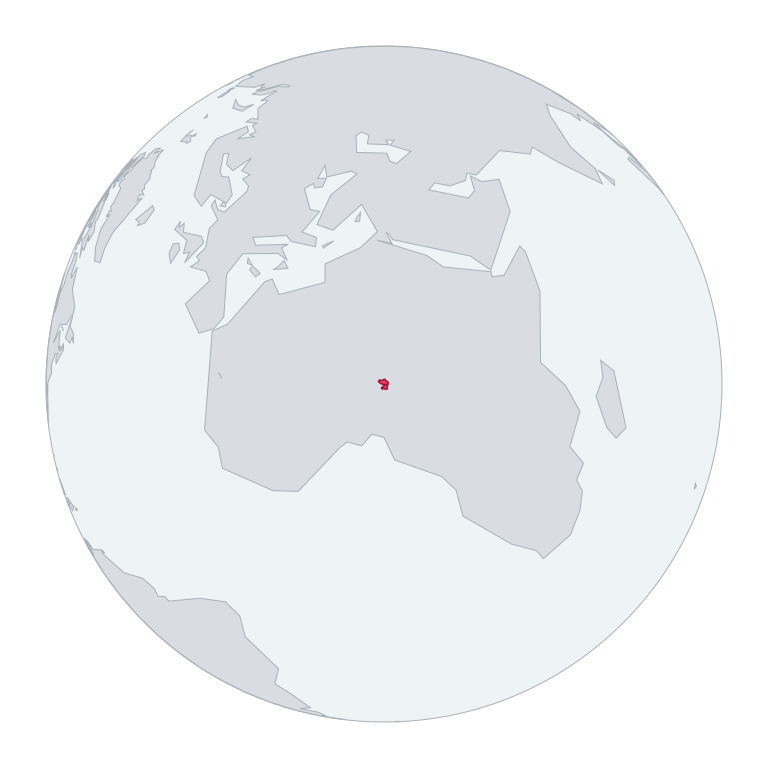 globe centered on Mayo-Kebbi Est, rotated 321°
{"feature_id": "TCD-1486", "entity_name": "Mayo-Kebbi Est", "entity_type": "Prefecture", "adm_level": 1, "iso_a3": "TCD", "parent_name": "Chad", "parent_adm1": "", "projection": "orthographic", "projection_center": [15.507, 10.186], "detail": "fine", "context": "on_globe", "style": "filled", "palette": "rose", "viewbox_px": 768, "rotation_deg": 321, "n_neighbors": 0, "source": "natural_earth", "source_scale": "10m", "svg_char_len": 9877}
<svg xmlns="http://www.w3.org/2000/svg" viewBox="0 0 768 768"><g transform="rotate(321 384 384)"><circle cx="384" cy="384" r="338" fill="#eef3f6" stroke="#a8b0b8"/><path d="M269.7,66.0L270.5,65.8L262.7,68.7L270.4,66.1L277.3,63.7L282.9,62.0L284.2,61.9L274.5,65.2L272.4,65.7L270.3,66.7L264.9,68.5L268.3,67.6L256.3,72.2L269.9,67.8L261.9,71.7L253.5,74.8L252.2,74.2L231.0,82.7L269.7,66.0ZM206.1,96.7L192.7,106.4L183.7,112.7L173.2,121.2L179.1,117.3L189.4,109.5L197.8,105.4L209.4,97.3L214.5,94.9L227.3,87.7L227.7,89.5L221.1,95.4L210.5,101.8L207.3,105.0L219.3,100.1L201.3,114.4L192.6,128.9L187.7,133.2L174.7,137.9L170.0,133.7L153.2,143.9L166.3,138.5L153.8,151.0L152.7,154.0L154.8,154.6L160.4,150.6L156.6,155.6L142.2,161.7L145.4,157.2L149.9,155.0L147.6,153.7L137.8,159.7L132.2,166.5L123.3,171.6L119.2,176.9L115.0,181.6L122.1,172.5L109.1,189.6L98.6,203.1L113.0,182.2L128.9,162.4L146.3,143.8L165.0,126.6L185.0,110.9L206.1,96.7ZM50.8,327.7L52.4,319.6L54.4,315.2L50.7,334.4L54.7,318.6L53.8,329.5L60.0,335.0L58.6,338.9L63.2,367.1L74.2,383.1L76.7,398.7L74.8,406.8L80.0,411.4L80.1,417.3L105.9,434.5L123.5,453.3L126.0,473.4L117.1,493.2L122.8,538.9L110.5,548.4L116.6,566.2L123.1,589.3L114.5,583.3L126.6,598.2L129.6,604.3L126.7,602.3L134.4,611.5L132.6,609.8L139.7,617.4L142.7,620.5L125.1,601.1L109.1,580.5L94.7,558.6L82.0,535.7L71.2,511.8L66.9,500.7L63.0,489.7L55.5,463.4L50.2,436.6L47.0,409.4L46.1,382.1L47.3,354.8L50.8,327.7ZM72.2,253.7L67.0,269.0L66.7,267.8L67.6,265.5L70.3,258.3L72.2,253.7ZM82.3,232.1L83.3,229.9L83.0,230.7L82.3,232.1ZM226.3,87.4L226.7,87.6L224.1,88.8L226.3,87.4ZM231.4,84.4L228.0,85.7L229.9,84.6L231.9,83.7L231.4,84.4ZM235.1,83.2L233.7,82.3L237.1,80.4L247.9,75.9L235.1,83.2ZM278.9,63.0L271.6,65.6L276.5,63.7L278.9,63.0ZM304.1,55.7L303.3,55.9L300.8,56.5L304.1,55.7ZM297.0,57.5L302.3,56.1L280.7,62.3L282.1,61.8L297.0,57.5ZM285.6,61.2L286.0,60.8L295.9,58.0L296.9,58.2L293.4,59.0L285.6,61.2ZM291.8,59.6L297.2,58.5L293.7,59.9L285.9,61.4L291.8,59.6ZM298.1,57.3L302.8,56.0L300.5,56.7L298.1,57.3ZM284.3,65.7L284.5,64.6L289.7,62.9L284.3,65.7ZM299.5,58.0L300.6,57.6L302.7,56.9L305.5,56.6L299.5,58.0ZM321.3,51.9L324.3,51.5L314.2,53.5L319.9,52.4L320.8,52.4L311.5,54.3L315.2,53.2L320.9,52.0L321.3,51.9ZM314.5,54.7L302.8,58.1L301.2,60.0L296.5,61.4L299.9,58.2L314.5,54.7ZM313.6,54.2L313.1,54.7L307.5,55.8L304.4,56.2L313.6,54.2ZM330.1,50.4L330.0,50.6L328.1,50.7L330.1,50.4ZM315.1,54.9L317.9,54.2L315.7,54.9L315.1,54.9ZM326.7,51.5L325.6,51.5L328.2,51.0L326.7,51.5ZM324.5,52.9L320.7,53.9L318.4,54.0L324.5,52.9ZM326.4,52.1L330.2,51.5L319.9,53.5L325.5,52.1L326.4,52.1ZM329.3,51.1L330.5,50.8L329.4,51.2L329.3,51.1ZM335.1,52.5L322.7,55.0L317.8,55.0L330.5,52.4L335.1,52.5ZM180.9,654.0L180.0,653.1L182.8,655.2L184.0,656.3L180.9,654.0ZM470.1,57.2L469.0,56.9L465.7,56.1L465.2,56.0L470.1,57.2ZM698.6,260.7L697.5,258.0L702.0,271.2L709.5,293.3L716.3,322.6L718.1,334.6L716.9,327.2L711.2,312.4L715.5,337.1L720.0,354.6L721.7,377.8L720.7,372.3L718.3,352.2L716.2,346.3L712.9,324.9L703.9,295.5L702.5,303.4L698.9,291.1L686.2,268.7L682.1,279.8L678.1,317.3L683.7,349.7L679.6,365.7L659.6,322.8L648.3,293.1L642.5,297.5L620.7,275.3L587.2,279.6L581.2,272.4L575.2,277.1L559.6,271.3L550.0,259.5L541.1,261.5L566.7,292.6L576.0,290.8L582.0,276.6L587.5,288.4L602.3,297.3L590.5,329.4L538.7,362.7L531.6,338.9L481.7,277.4L482.1,270.1L481.8,269.3L481.0,267.9L478.6,279.9L469.3,268.0L498.1,311.0L503.8,330.4L538.0,364.3L535.3,368.4L545.7,375.1L576.4,362.2L577.0,370.4L563.7,409.9L519.3,465.7L524.1,499.3L519.1,528.5L489.0,549.7L489.2,571.2L473.3,579.8L470.8,592.0L456.7,605.5L434.0,618.5L398.0,620.0L397.6,609.4L382.4,588.7L362.2,536.5L373.2,511.8L370.8,492.6L344.5,449.8L350.4,425.5L342.9,415.4L327.7,418.0L318.9,405.9L309.5,405.7L249.7,413.4L230.6,397.0L205.4,347.8L215.4,329.0L215.6,306.8L283.8,234.8L300.1,239.0L355.9,229.5L363.2,232.0L358.7,248.5L402.2,267.9L413.9,253.6L451.2,263.2L474.8,261.5L479.6,230.3L441.0,232.3L432.3,217.9L461.6,203.6L495.1,203.7L492.8,198.2L469.9,187.1L475.9,176.9L461.8,182.6L468.8,187.8L460.2,192.0L453.2,187.7L455.6,183.9L445.1,182.0L436.4,202.0L442.6,209.4L416.0,214.3L423.7,227.6L417.1,234.3L401.5,214.6L401.7,207.2L374.3,187.5L371.6,195.4L397.4,215.1L390.1,213.7L386.8,226.4L383.6,215.7L356.2,193.9L331.0,199.5L301.8,231.0L286.5,234.0L272.3,228.0L280.0,196.7L313.4,194.0L316.6,184.4L307.3,171.2L318.3,172.1L318.6,166.9L331.0,165.9L346.0,153.3L358.2,151.8L361.8,136.9L368.5,134.6L364.5,143.7L368.2,149.9L398.2,148.2L403.4,144.9L403.3,135.8L411.5,137.1L407.6,128.7L423.7,124.9L400.7,123.0L400.0,114.0L408.4,107.1L404.1,104.2L390.3,115.7L388.6,120.8L393.6,125.5L385.2,141.3L375.4,144.3L368.6,127.8L353.9,130.8L355.0,118.0L391.5,92.4L407.9,88.0L439.9,97.5L437.4,102.6L424.7,101.3L438.6,110.0L436.4,105.6L443.3,107.2L444.4,100.4L449.3,101.3L441.9,93.7L448.0,94.1L452.6,98.9L459.4,90.7L471.6,90.8L470.7,88.7L466.4,86.3L484.7,88.8L483.3,87.2L476.7,85.6L469.6,81.6L464.2,76.0L470.8,77.2L473.7,79.3L489.6,86.3L496.2,92.9L498.4,92.9L494.2,87.6L474.8,78.9L469.6,75.3L479.3,78.6L475.4,77.1L474.9,75.7L480.7,75.8L470.2,72.0L456.0,59.3L465.7,59.3L475.9,62.9L473.0,58.8L484.1,61.4L478.1,59.6L473.8,58.2L496.8,65.5L519.3,74.3L541.0,84.8L562.0,96.7L582.0,110.2L601.0,125.0L619.0,141.1L635.7,158.5L651.1,177.1L665.2,196.7L677.9,217.2L689.0,238.6L698.6,260.7ZM262.7,271.3L261.4,277.9L262.7,271.3ZM532.6,220.6L551.2,220.2L539.2,202.2L545.4,201.0L539.0,195.7L538.3,201.0L522.2,186.9L528.9,181.1L524.8,173.7L518.3,173.6L508.5,186.8L531.5,206.5L528.7,214.4L532.6,220.6ZM60.3,334.9L60.6,339.4L59.2,338.5L60.3,334.9ZM64.0,275.4L63.6,276.6L62.6,280.2L62.4,280.2L63.6,276.7L64.0,275.4ZM66.2,285.6L66.9,288.7L65.1,288.8L66.2,285.6ZM66.4,272.0L65.6,283.9L62.4,286.5L63.2,279.4L64.1,279.7L66.4,272.0ZM77.4,242.0L76.6,244.0L75.1,247.1L77.4,242.0ZM82.1,232.8L83.5,229.7L82.1,232.8ZM154.7,150.6L155.7,150.3L156.7,151.9L153.9,153.2L154.7,150.6ZM174.6,148.8L168.1,157.1L170.8,151.7L165.7,154.6L165.2,147.6L185.2,135.1L176.3,141.6L174.6,148.8ZM170.1,136.3L168.2,141.2L169.5,136.4L170.1,136.3ZM308.3,142.5L313.2,145.4L309.6,151.2L294.1,155.9L299.2,147.2L308.3,142.5ZM321.1,148.3L318.6,132.2L328.2,129.5L323.2,133.5L329.8,133.4L323.6,140.0L335.1,154.4L332.7,160.7L305.4,164.3L315.7,159.2L310.2,156.4L321.1,148.3ZM295.6,104.6L294.6,100.0L316.5,99.8L314.8,104.2L299.3,108.4L292.1,105.8L295.6,104.6ZM254.4,76.6L252.6,76.6L255.3,75.4L259.0,74.5L254.4,76.6ZM284.0,65.3L265.0,75.9L262.0,76.2L254.4,83.3L243.6,87.2L248.8,82.3L234.9,91.2L235.3,88.3L226.7,94.6L239.5,83.2L239.3,81.8L243.6,81.7L253.6,77.9L257.8,75.9L269.7,69.6L274.2,65.7L284.7,62.3L291.1,61.0L291.6,61.3L284.5,63.2L290.3,62.4L280.5,65.6L284.0,65.3ZM358.6,60.2L350.2,60.0L360.2,63.3L350.5,64.6L352.2,64.9L346.0,67.3L341.5,71.1L336.8,71.4L337.0,72.9L332.9,74.9L331.7,77.1L322.8,78.8L320.6,81.8L317.7,80.9L316.3,85.9L313.3,83.1L307.7,86.1L313.5,87.2L268.6,95.6L252.0,102.9L239.8,111.1L236.4,106.4L245.7,96.3L261.3,85.5L277.7,79.8L273.2,79.3L279.8,76.6L280.6,78.1L283.2,74.3L288.8,72.7L302.7,66.1L303.0,62.7L308.1,60.6L310.8,61.2L314.0,58.9L322.5,58.8L326.4,57.5L338.6,56.6L341.5,59.3L345.6,57.7L355.1,57.6L358.6,60.2ZM338.5,52.3L344.2,53.9L341.7,55.8L321.4,56.7L316.8,57.9L303.7,59.5L307.6,57.0L311.0,56.7L315.2,55.8L312.3,56.9L317.8,55.4L322.6,55.1L328.1,54.0L328.5,54.7L338.5,52.3ZM370.4,225.6L375.8,226.1L384.1,225.1L382.1,233.6L370.4,225.6ZM351.4,210.8L356.1,209.6L357.4,220.0L351.7,219.9L351.4,210.8ZM357.7,200.6L356.3,208.7L353.7,204.3L357.7,200.6ZM368.7,142.5L373.7,141.2L374.6,143.3L372.4,146.6L368.7,142.5ZM386.2,73.8L381.8,72.5L383.0,71.7L378.6,67.5L385.5,66.7L390.8,69.0L386.2,73.8ZM473.7,235.9L467.5,242.2L463.7,239.6L466.6,237.9L473.7,235.9ZM423.1,237.9L435.2,241.3L422.4,240.2L423.1,237.9ZM392.9,72.3L390.4,70.5L395.4,71.3L392.9,72.3ZM390.3,66.1L396.0,66.5L385.8,66.2L390.3,66.1ZM563.4,657.1L562.5,660.0L558.8,661.0L563.4,657.1ZM570.9,518.6L544.5,570.4L530.3,572.1L529.8,557.9L541.0,527.1L558.2,516.7L567.3,502.0L570.9,518.6ZM720.6,414.0L720.6,404.5L715.0,362.8L717.2,361.9L721.8,385.1L721.7,390.3L721.7,397.1L720.6,414.0ZM684.9,352.5L691.0,370.5L688.2,374.7L684.9,352.5ZM703.8,274.8L704.0,275.3L702.3,270.6L701.8,269.1L703.8,274.8ZM447.9,69.6L446.3,75.6L449.7,80.9L458.7,84.7L445.3,82.6L440.1,74.4L447.9,69.6ZM454.3,60.1L446.4,57.8L450.1,57.9L452.5,58.4L454.3,60.1ZM449.3,59.4L438.9,58.6L434.7,56.8L443.7,57.7L449.3,59.4ZM416.1,63.6L415.1,65.2L411.1,64.4L416.1,63.6ZM461.9,55.2L463.8,55.7L459.5,54.6L460.2,54.8L461.9,55.2ZM449.0,52.4L449.6,52.5L447.7,52.1L449.0,52.4ZM453.6,53.7L448.9,52.4L457.3,54.4L453.6,53.7Z" fill="#d9dde1" stroke="#a8b0b8" stroke-width="1"/><path d="M383.3,385.5L383.6,385.5L384.9,385.2L385.0,385.2L384.8,384.9L384.6,384.9L384.2,384.6L383.9,384.4L383.6,384.0L382.8,383.3L382.7,383.2L382.7,382.9L382.6,382.7L382.4,382.3L382.3,382.2L382.2,382.2L381.9,382.1L381.8,381.9L381.9,381.6L381.9,381.4L381.4,380.4L381.4,380.2L381.5,379.9L381.5,379.7L381.4,379.6L381.3,379.2L381.2,378.7L381.7,378.6L381.9,378.5L382.1,378.4L382.2,378.2L382.3,378.2L382.5,378.1L382.8,378.1L383.0,378.2L383.2,378.3L383.4,378.4L383.5,378.5L383.6,378.8L383.7,379.0L383.8,379.1L384.0,379.1L384.1,379.3L384.1,379.5L384.3,379.7L384.5,379.8L384.8,379.8L385.0,380.0L385.4,380.3L385.5,380.4L386.2,380.5L386.4,380.5L386.5,380.5L386.8,380.5L386.9,380.4L387.2,380.6L387.3,380.6L387.6,380.7L387.7,380.8L387.5,382.5L387.6,383.2L387.6,383.3L387.8,383.5L388.0,383.8L388.2,384.0L388.3,384.1L388.3,384.5L388.2,385.0L388.1,385.4L387.8,385.9L386.7,387.0L386.6,386.9L386.4,386.7L386.2,386.6L385.9,386.6L385.2,387.4L385.2,387.5L385.0,388.0L384.9,388.1L384.5,388.5L384.4,388.7L384.4,388.8L384.2,388.9L384.2,389.0L384.0,389.3L383.8,389.6L383.7,389.7L383.6,389.8L383.2,389.7L382.8,389.6L382.3,389.3L381.8,388.8L381.6,388.7L381.5,387.9L381.2,387.5L381.2,387.2L380.7,386.9L380.4,387.0L379.8,387.1L379.5,387.1L379.4,386.3L379.5,385.5L380.5,385.3L381.1,385.4L381.4,385.4L381.5,385.4L381.6,385.2L382.0,385.2L382.3,385.2L383.3,385.5Z" fill="#f43f5e" stroke="#9f1239" stroke-width="1.5"/></g></svg>